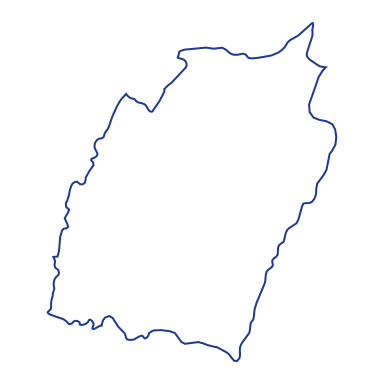 Manipur, Mercator projection
{"feature_id": "IND-2478", "entity_name": "Manipur", "entity_type": "State", "adm_level": 1, "iso_a3": "IND", "parent_name": "India", "parent_adm1": "", "projection": "mercator", "projection_center": [93.694, 24.765], "detail": "fine", "context": "isolated", "style": "outline", "palette": "blue", "viewbox_px": 384, "rotation_deg": 0, "n_neighbors": 0, "source": "natural_earth", "source_scale": "10m", "svg_char_len": 3804}
<svg xmlns="http://www.w3.org/2000/svg" viewBox="0 0 384 384"><path d="M325.7,67.4L322.4,71.0L318.7,77.0L309.1,104.5L309.6,112.0L313.5,117.6L319.5,119.9L326.2,121.2L332.2,124.1L335.1,129.3L336.3,137.0L335.4,144.8L332.3,150.4L329.6,154.1L326.5,169.8L323.8,174.7L317.2,183.7L316.2,189.1L316.2,192.4L315.6,195.8L314.3,198.9L312.3,201.5L310.0,202.8L307.9,203.1L305.9,203.1L303.4,203.6L302.0,206.5L298.6,219.0L296.6,223.2L289.1,228.1L287.2,230.0L285.9,232.6L283.6,241.9L281.1,243.5L279.2,245.1L278.1,247.3L277.7,254.6L276.2,256.7L274.1,258.2L272.3,260.3L272.2,261.4L272.8,264.6L272.6,266.1L271.4,267.5L267.9,270.0L266.7,271.6L265.8,274.5L265.3,280.6L264.6,283.6L256.5,303.0L254.5,309.8L253.9,316.4L253.2,319.6L251.5,321.7L250.7,323.4L249.8,330.4L249.2,333.0L241.7,343.3L240.1,346.9L239.8,350.5L240.1,354.5L239.5,358.2L239.0,358.7L237.0,361.0L234.2,360.8L231.8,358.1L229.4,354.7L226.8,352.5L217.3,347.3L213.5,346.6L207.7,345.1L203.0,343.3L198.2,342.1L185.0,343.8L181.5,342.1L174.9,333.0L169.6,331.2L161.2,330.1L153.2,330.5L149.1,333.0L148.7,334.5L148.1,335.9L147.3,337.1L146.3,338.0L144.7,338.4L143.7,337.4L142.8,336.2L141.7,335.6L139.0,336.6L133.8,339.6L130.3,339.9L127.3,339.5L126.0,337.8L125.5,335.5L124.4,333.0L119.0,327.5L117.3,325.3L112.6,317.9L109.3,316.0L105.0,317.6L102.9,320.5L101.8,324.7L101.7,325.7L100.2,325.7L94.1,329.0L92.7,328.9L92.4,328.1L92.7,326.9L93.3,325.7L93.6,324.6L93.4,323.2L92.7,321.8L91.0,320.1L90.1,319.6L89.2,319.9L88.6,320.8L87.9,322.2L86.8,323.2L85.3,324.1L82.6,324.8L81.0,324.9L80.1,324.7L79.7,324.2L79.7,323.7L79.8,322.9L79.3,322.2L77.8,321.2L76.0,320.9L74.8,320.9L73.9,321.3L72.0,323.3L70.4,324.1L69.0,324.0L67.7,323.1L66.9,321.9L65.4,320.5L63.2,319.1L50.7,314.8L48.8,313.8L48.0,313.1L47.7,312.3L48.2,311.6L49.1,310.7L49.9,310.0L50.7,309.2L51.0,308.3L51.1,307.1L51.1,303.0L51.8,298.5L52.6,296.3L52.8,295.1L53.0,293.0L54.0,289.7L54.3,288.5L53.6,284.5L53.8,282.2L54.5,279.6L55.7,277.5L58.5,274.8L59.0,272.7L58.3,270.1L55.2,267.6L54.5,265.2L55.1,261.1L54.5,259.4L53.4,256.9L57.5,256.6L59.0,251.1L60.2,236.9L62.1,230.3L63.7,228.7L66.5,228.3L68.1,226.9L67.3,223.9L64.7,218.3L67.9,212.8L69.1,209.6L67.6,208.2L66.6,207.6L66.0,206.2L65.9,203.2L66.4,201.9L66.9,201.4L67.6,199.6L68.6,196.5L70.0,189.7L71.0,186.7L72.0,184.4L72.8,183.5L73.9,182.6L74.6,182.2L76.0,181.8L76.5,181.7L77.0,181.7L77.4,182.0L79.3,183.6L80.3,184.2L81.5,184.4L82.8,184.2L84.5,183.1L85.2,181.8L85.5,180.3L85.8,177.4L89.1,171.5L93.5,165.1L93.2,162.8L92.7,162.0L91.4,160.6L91.2,159.6L91.6,158.8L92.4,158.4L93.2,158.2L94.2,157.8L95.5,157.1L97.0,155.5L97.4,154.4L97.3,153.2L94.6,147.9L94.7,144.1L95.1,142.9L96.1,141.1L97.1,140.0L98.2,139.1L99.3,138.7L102.0,138.2L103.3,137.4L104.0,135.8L104.7,133.5L106.0,131.4L107.8,128.9L108.9,126.7L112.2,116.9L116.9,106.4L119.7,101.5L121.7,98.7L126.1,94.0L127.3,95.5L128.9,97.0L130.0,97.7L131.3,98.3L132.5,98.6L133.5,98.8L134.3,99.0L134.7,99.3L136.0,100.9L137.0,101.8L138.5,102.5L142.2,103.3L144.1,104.1L145.6,105.2L146.7,106.8L148.9,110.5L150.5,111.6L152.0,111.7L153.0,110.7L153.7,109.4L159.3,101.4L164.3,91.8L164.4,90.0L164.3,89.2L167.5,85.8L171.7,82.6L185.8,67.5L186.6,65.5L186.6,64.4L186.3,62.9L185.6,61.4L184.6,60.2L183.2,59.4L178.0,57.8L177.7,57.7L177.8,57.0L178.7,54.6L179.1,53.0L179.3,51.7L181.3,50.7L184.9,49.6L206.0,47.6L213.6,48.7L217.0,48.3L222.1,47.7L224.3,48.8L226.2,49.9L229.5,52.9L231.6,54.0L233.6,54.7L235.9,54.8L238.6,54.6L242.7,53.7L244.8,54.2L246.2,55.0L247.1,56.3L248.1,57.5L248.3,57.7L248.7,57.9L250.0,58.2L252.4,58.4L259.5,57.6L271.7,55.4L278.4,52.5L281.9,50.0L284.3,47.7L287.8,42.2L290.0,40.2L296.8,36.4L299.1,34.8L311.5,23.7L312.4,23.0L313.0,23.4L313.2,25.1L313.0,26.6L312.4,29.1L312.5,35.2L311.1,40.1L309.9,43.3L306.9,53.0L306.7,55.1L307.5,57.2L309.5,59.4L317.3,64.8L320.0,66.4L325.6,67.4L325.7,67.4Z" fill="none" stroke="#1e3a8a" stroke-width="2"/></svg>